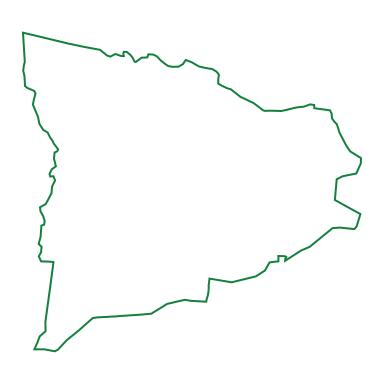 the district of Matazu, Katsina, Nigeria
{"feature_id": "59680162B62360966111253", "entity_name": "Matazu", "entity_type": "district", "adm_level": 2, "iso_a3": "NGA", "parent_name": "Nigeria", "parent_adm1": "Katsina", "projection": "mercator", "projection_center": [7.633, 12.236], "detail": "fine", "context": "isolated", "style": "outline", "palette": "green", "viewbox_px": 384, "rotation_deg": 0, "n_neighbors": 0, "source": "geoboundaries", "source_scale": "gbopen_adm2", "svg_char_len": 2133}
<svg xmlns="http://www.w3.org/2000/svg" viewBox="0 0 384 384"><path d="M361.0,158.1L350.2,151.4L346.3,145.7L339.3,132.3L338.4,129.0L336.7,124.0L334.5,121.9L332.0,118.4L331.6,113.5L329.9,110.3L320.0,109.0L314.3,108.2L314.2,105.0L310.1,104.4L303.8,106.7L299.4,107.1L294.8,107.8L285.1,110.2L281.2,111.0L275.4,110.8L268.9,110.7L265.0,110.9L263.2,110.4L260.8,108.5L253.5,103.0L247.2,100.0L242.8,97.9L240.6,97.0L230.9,89.3L227.2,88.3L222.3,85.9L219.4,84.3L218.2,83.6L218.3,78.7L218.9,74.8L217.6,72.9L216.3,71.5L212.3,69.1L205.9,68.0L204.9,67.8L199.0,66.5L191.6,62.2L185.7,60.0L182.8,64.3L178.3,66.7L172.3,66.8L168.2,66.0L165.6,64.3L160.8,60.5L156.9,56.4L153.8,54.8L153.1,54.6L148.4,54.3L147.3,57.4L141.5,57.7L140.1,58.8L135.7,62.0L134.5,61.6L132.6,57.6L130.3,54.8L126.7,51.9L123.9,51.8L123.3,53.6L123.8,56.0L121.2,56.0L115.4,54.0L110.3,56.6L107.0,55.5L100.0,49.8L84.1,46.9L67.2,43.3L23.0,32.7L24.8,62.1L24.3,63.7L23.8,65.9L23.2,70.7L24.5,76.3L25.0,86.0L27.2,87.9L34.2,90.9L35.5,93.5L33.9,99.5L32.9,104.5L38.0,116.9L39.4,123.9L43.2,129.8L47.7,132.6L50.5,138.2L52.1,140.1L53.9,143.7L58.1,149.3L57.3,151.3L54.6,152.5L54.0,158.6L55.9,166.3L51.7,169.4L49.5,173.9L50.2,176.5L53.4,176.2L55.1,180.5L52.1,186.4L51.5,193.1L48.6,198.8L45.7,204.1L40.0,207.3L40.5,211.4L43.0,215.7L44.7,221.0L44.1,224.7L41.4,225.6L40.6,236.8L38.7,244.0L41.6,246.8L41.0,252.4L38.8,256.3L41.1,261.4L48.8,261.6L53.5,262.1L50.0,288.3L45.4,321.7L45.6,331.2L39.7,336.4L37.3,342.8L34.4,349.3L44.4,349.3L54.8,351.3L58.0,349.6L66.4,340.5L78.8,330.4L92.8,318.0L97.2,317.4L104.0,317.0L106.9,316.9L108.4,316.8L112.2,316.5L115.2,316.5L120.1,316.0L123.5,315.8L126.8,315.6L128.9,315.4L130.6,315.3L134.4,315.1L142.3,314.5L151.3,313.7L167.1,303.9L184.8,299.8L191.4,300.9L206.2,301.7L206.8,298.6L207.8,295.6L208.4,292.2L208.8,287.3L208.6,286.1L209.5,278.6L231.6,282.3L255.8,276.4L265.0,270.5L269.6,262.4L278.4,261.3L278.4,256.0L285.1,256.2L286.3,257.0L285.4,258.4L285.1,260.8L301.3,250.4L309.7,246.8L332.6,228.1L340.0,227.6L354.4,229.1L356.6,226.5L360.4,214.1L334.9,200.0L336.7,179.3L342.5,176.3L356.3,173.5L360.8,163.5L361.0,158.1Z" fill="none" stroke="#15803d" stroke-width="2"/></svg>